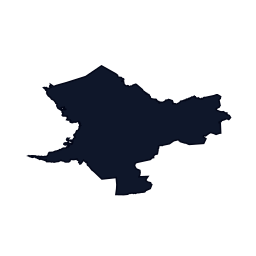 Ezernieku pag., Dagdas, Latvia (Equal Earth projection), rotated 350°
{"feature_id": "27541924B52024011130433", "entity_name": "Ezernieku pag.", "entity_type": "district", "adm_level": 2, "iso_a3": "LVA", "parent_name": "Latvia", "parent_adm1": "Dagdas", "projection": "equal_earth", "projection_center": [27.647, 56.178], "detail": "fine", "context": "isolated", "style": "filled", "palette": "ink", "viewbox_px": 256, "rotation_deg": 350, "n_neighbors": 0, "source": "geoboundaries", "source_scale": "gbopen_adm2", "svg_char_len": 5800}
<svg xmlns="http://www.w3.org/2000/svg" viewBox="0 0 256 256"><g transform="rotate(350 128 128)"><path d="M221.9,110.8L220.9,110.6L218.3,111.1L209.4,111.4L208.3,111.1L207.4,111.5L207.5,111.7L206.8,112.2L206.2,112.4L205.9,112.1L205.3,112.2L205.2,111.8L204.6,112.2L204.1,112.0L203.1,111.2L202.6,111.2L202.6,110.7L202.1,110.9L201.4,110.5L199.6,110.0L199.5,109.1L199.6,108.9L198.8,108.7L198.8,108.3L198.2,108.5L197.9,108.4L196.8,108.9L196.0,108.6L195.3,109.1L193.5,109.4L193.6,109.5L193.2,109.6L193.5,109.9L192.7,110.0L192.7,110.3L191.9,110.3L192.0,109.9L191.6,110.1L191.0,109.7L190.6,109.8L190.6,110.1L190.3,110.0L190.2,110.3L189.9,110.2L189.7,110.3L189.8,110.4L189.5,110.6L189.0,110.4L188.8,110.9L188.0,110.4L186.7,110.8L184.4,110.8L183.5,111.9L179.9,113.0L179.2,112.8L178.8,112.3L176.3,111.8L176.4,111.3L176.7,110.8L176.7,110.3L176.2,110.1L176.4,109.2L176.1,109.0L176.2,108.7L174.4,107.8L174.2,107.5L173.5,107.3L172.8,106.9L172.1,107.3L170.0,107.2L169.8,107.8L168.9,108.0L168.2,108.5L167.6,108.5L166.6,108.8L164.2,108.2L163.8,108.7L163.3,108.5L163.0,108.7L162.8,108.4L162.8,107.8L163.1,107.6L163.0,107.3L161.7,106.8L161.6,106.4L161.1,106.2L160.9,105.0L160.6,105.1L159.7,104.3L159.3,104.5L158.8,104.3L155.9,103.2L155.3,102.4L155.3,101.1L154.8,100.4L154.6,99.3L154.2,98.6L152.2,97.8L152.5,97.3L151.8,97.1L151.7,96.4L150.9,96.1L150.9,95.7L148.9,93.6L148.9,92.8L143.7,86.5L142.9,86.2L141.8,86.5L140.4,86.6L140.2,87.0L138.7,87.4L137.7,87.2L136.7,87.5L135.8,87.3L135.5,86.4L134.9,86.2L134.1,86.5L133.2,86.1L133.1,85.8L131.9,84.8L131.7,83.9L131.7,81.3L130.2,80.9L130.5,80.4L131.0,80.3L131.3,79.9L132.1,79.7L131.9,79.3L132.1,78.9L131.8,78.6L131.0,78.4L130.1,77.1L127.6,76.4L127.0,75.9L126.7,75.4L126.9,74.3L125.5,72.7L112.7,62.2L95.3,70.0L75.0,72.7L64.7,73.7L62.1,74.3L59.4,71.7L59.5,72.5L59.1,72.8L58.5,72.6L58.1,73.4L58.2,73.8L58.8,73.7L58.9,74.2L59.3,74.6L58.1,74.9L57.2,75.4L56.6,75.1L55.0,75.2L54.8,74.9L55.0,74.2L54.8,74.0L53.6,74.0L53.0,73.6L51.9,73.6L52.4,74.4L53.4,75.5L53.5,76.4L54.3,77.0L54.6,78.4L54.0,79.4L54.3,79.8L54.3,80.8L54.7,81.3L55.0,82.3L57.0,84.5L57.7,86.2L59.7,87.6L61.0,90.0L61.2,91.1L62.2,91.9L62.2,92.7L61.7,93.8L62.5,96.4L65.2,98.7L65.3,97.9L65.8,97.4L65.7,96.4L66.8,96.2L67.9,96.6L68.9,96.4L68.9,96.8L68.0,97.6L69.4,98.1L70.0,98.7L69.7,99.0L68.5,99.1L68.1,98.7L66.9,98.4L66.0,98.6L65.5,99.0L65.6,99.4L66.3,100.1L65.9,101.2L66.6,101.8L66.3,102.0L66.3,102.8L65.6,103.6L65.4,104.1L66.1,104.9L68.8,105.4L70.3,106.0L70.0,107.2L70.2,107.5L70.2,107.8L69.0,109.2L70.1,109.7L72.6,110.2L72.8,110.8L72.5,110.9L72.5,111.3L72.2,111.5L72.5,111.8L72.3,112.2L73.3,112.8L74.6,113.1L75.4,112.6L76.3,112.8L76.8,113.1L78.3,113.1L79.3,112.8L80.7,112.9L80.7,113.7L81.4,114.0L81.4,114.3L79.9,114.3L81.1,114.9L81.0,115.3L81.4,115.5L81.0,115.8L81.4,116.4L81.1,116.4L81.0,116.7L81.5,116.7L81.6,116.8L81.9,117.3L80.1,118.3L80.4,119.0L80.0,119.4L80.2,119.7L79.3,120.5L79.3,120.8L78.5,121.6L76.9,121.9L75.4,124.4L73.7,125.1L73.4,125.7L73.5,126.1L74.0,126.6L74.8,126.8L74.0,126.9L73.9,127.1L74.3,127.6L75.1,127.5L74.3,127.8L73.7,128.5L72.7,128.8L71.9,130.1L70.9,130.3L70.7,130.8L70.4,130.9L70.5,130.5L69.7,130.0L68.9,130.1L67.3,129.6L66.6,128.4L67.2,128.5L68.0,127.9L66.9,127.8L66.7,127.5L66.3,127.6L66.3,127.9L65.5,128.6L65.6,129.3L65.9,129.3L66.7,130.0L67.6,130.3L69.1,130.6L69.7,131.8L70.7,131.6L71.3,132.0L70.4,133.9L69.7,134.1L69.9,133.6L69.7,133.5L68.7,133.6L67.9,133.0L66.9,133.1L66.6,132.3L66.9,131.7L66.7,131.5L66.0,131.5L65.1,132.1L63.5,131.7L62.3,132.1L62.0,132.9L63.1,133.8L64.8,133.9L65.3,134.2L65.6,134.6L66.2,134.3L66.3,134.8L67.1,135.0L66.8,135.6L65.9,136.2L64.5,136.0L64.1,136.2L63.8,136.7L62.7,137.1L61.5,136.6L59.8,136.8L58.2,137.7L56.9,137.4L55.6,138.2L54.5,138.1L53.3,138.4L52.4,138.2L49.9,138.9L46.2,138.4L45.4,139.1L44.6,140.7L43.0,141.9L40.6,141.5L39.6,141.7L37.5,140.8L36.5,141.2L36.0,140.7L34.7,140.2L33.8,140.3L32.8,140.0L32.3,139.5L28.4,138.6L26.3,138.5L25.6,138.0L25.2,138.1L25.9,138.4L25.7,138.6L25.8,138.8L27.5,139.6L28.6,140.3L31.4,140.2L32.1,141.2L33.3,141.6L33.6,142.1L34.5,142.6L35.6,143.6L36.3,143.5L36.4,143.2L40.7,145.5L41.8,145.2L41.7,146.6L42.0,147.0L45.6,147.6L46.8,148.2L48.0,148.1L49.2,148.8L52.1,148.7L53.5,148.9L56.4,148.1L57.6,149.0L58.8,149.1L59.5,150.0L60.6,150.6L63.6,151.1L64.7,150.7L64.7,150.4L65.2,150.2L65.7,149.2L66.1,148.9L69.0,149.7L72.3,149.7L72.5,149.8L72.4,150.5L73.8,151.7L74.1,152.5L73.5,153.4L74.6,154.7L74.5,155.1L75.3,155.0L78.7,151.9L80.6,154.5L81.5,154.1L81.7,157.5L83.1,159.0L85.2,163.1L85.9,163.7L87.4,165.5L93.4,173.7L107.8,174.7L107.2,181.9L106.2,186.1L104.5,191.4L112.3,192.9L116.2,193.2L117.8,192.6L118.9,192.8L120.8,192.7L122.0,193.4L122.9,193.1L123.9,193.7L125.9,193.3L127.3,193.6L131.2,193.6L131.3,193.8L133.4,193.8L134.6,192.7L139.4,191.5L141.6,187.8L140.8,187.0L140.7,185.8L137.9,184.6L136.4,182.6L137.2,181.3L139.3,179.2L130.4,178.0L131.5,175.9L132.2,173.9L132.3,171.8L129.0,169.7L127.8,166.4L129.1,163.8L131.3,163.4L144.5,162.9L146.8,161.5L148.1,161.6L148.2,160.2L149.5,158.9L152.4,158.6L153.8,154.8L153.8,153.8L154.6,153.2L154.8,152.7L154.8,151.5L155.0,151.1L156.8,150.7L158.9,151.2L159.6,150.9L166.1,150.7L170.8,148.5L175.5,148.2L176.3,149.0L176.2,149.4L177.2,150.2L177.2,150.5L181.3,152.6L182.8,153.0L183.6,153.7L185.4,154.8L199.9,156.3L202.9,152.1L200.6,150.0L201.2,148.7L203.1,149.2L206.9,147.3L208.7,146.8L211.7,148.3L213.6,149.6L217.0,149.0L218.4,149.1L219.7,139.3L218.7,138.9L218.7,138.2L219.0,137.8L220.7,137.9L221.5,136.9L224.7,136.5L226.0,136.0L227.7,136.3L228.4,137.1L228.9,137.1L230.8,135.5L229.9,133.3L227.6,131.8L227.4,131.4L227.9,131.2L228.0,130.4L226.2,130.0L225.5,129.1L225.0,129.0L224.8,128.5L223.1,128.4L221.4,127.8L218.7,126.1L218.0,125.1L218.3,124.2L221.5,123.2L222.3,121.9L222.6,121.8L222.4,115.9L224.0,115.0L224.1,114.4L224.7,113.2L221.9,110.8Z" fill="#0f172a" stroke="#020617" stroke-width="1.5"/></g></svg>